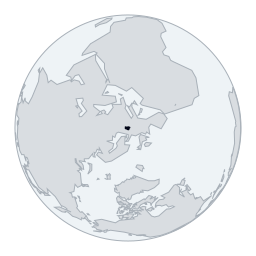 the Earth from above Sachsen, rotated 200°
{"feature_id": "DEU-1601", "entity_name": "Sachsen", "entity_type": "State", "adm_level": 1, "iso_a3": "DEU", "parent_name": "Germany", "parent_adm1": "", "projection": "orthographic", "projection_center": [12.997, 50.915], "detail": "fine", "context": "on_globe", "style": "filled", "palette": "ink", "viewbox_px": 256, "rotation_deg": 200, "n_neighbors": 0, "source": "natural_earth", "source_scale": "10m", "svg_char_len": 10806}
<svg xmlns="http://www.w3.org/2000/svg" viewBox="0 0 256 256"><g transform="rotate(200 128 128)"><circle cx="128" cy="128" r="113" fill="#eef3f6" stroke="#a8b0b8"/><path d="M36.0,63.0L37.2,61.4L52.3,45.1L41.2,56.2L45.5,51.3L49.5,47.3L49.2,47.7L56.0,41.9L60.9,38.0L69.9,33.0L77.4,32.0L74.3,33.5L76.5,33.3L80.6,31.5L82.7,30.4L95.7,28.9L109.4,26.0L112.8,23.8L112.7,25.4L118.6,20.8L125.5,19.4L118.3,21.8L117.9,22.7L122.9,22.1L123.6,22.9L126.4,23.2L126.8,24.3L122.6,25.9L122.8,26.7L126.3,26.2L128.9,27.3L123.8,27.8L127.8,29.7L121.5,33.2L107.4,34.6L104.4,38.3L91.2,44.7L92.9,45.4L89.0,48.6L89.5,50.6L86.9,51.4L89.6,52.4L91.8,51.3L93.7,51.4L94.3,52.6L91.0,53.8L90.3,53.3L89.6,54.3L87.8,54.4L89.0,55.0L85.1,56.4L89.7,56.9L87.1,59.5L84.3,60.0L83.7,57.5L75.7,53.3L72.6,53.5L69.0,55.9L63.9,65.1L60.9,66.4L57.5,69.9L59.6,70.1L62.9,67.6L65.9,69.1L69.7,66.1L71.4,66.3L75.7,64.3L76.0,67.3L74.0,71.3L70.4,73.2L69.5,75.1L73.6,75.6L67.8,81.6L65.2,90.0L63.6,91.4L59.1,89.7L57.2,83.7L51.3,82.4L56.0,86.0L51.9,89.8L51.7,91.7L52.4,93.3L54.3,93.0L53.1,95.0L48.0,91.9L49.0,90.0L50.7,90.9L49.7,88.2L46.2,86.6L44.5,88.8L41.1,84.6L39.8,86.2L38.3,86.3L40.7,83.9L36.4,88.3L32.2,85.3L26.3,93.1L31.1,83.7L32.2,79.8L33.0,75.8L31.9,77.0L34.4,70.8L34.2,68.3L30.7,72.1L27.1,78.3L24.8,84.4L25.7,83.8L24.8,87.7L22.0,91.2L20.0,99.9L18.2,104.2L17.2,109.1L17.1,112.3L16.6,117.6L17.5,117.5L18.5,120.5L17.2,124.8L18.7,123.5L18.6,128.2L21.2,137.2L20.6,137.5L22.6,150.1L26.8,160.6L27.7,165.6L27.0,166.5L28.9,169.9L29.0,171.1L38.2,184.1L44.4,192.7L45.2,196.7L41.9,196.9L43.5,202.3L40.9,199.4L35.9,192.9L31.4,186.0L27.5,178.8L24.0,171.3L21.1,163.6L18.8,155.8L17.1,147.7L16.0,139.6L15.4,131.4L15.5,123.2L16.6,115.9L16.8,113.1L16.5,113.2L18.3,102.8L20.2,96.2L28.4,75.4L36.0,63.0ZM24.6,95.1L22.5,107.4L22.1,102.8L22.4,103.1L23.3,99.4L24.4,93.9L24.5,90.3L24.6,95.1ZM27.3,95.1L27.5,93.3L27.5,94.8L27.3,95.1ZM83.5,29.8L80.6,31.4L76.6,32.8L79.0,31.3L83.5,29.8ZM91.1,27.8L89.9,28.6L87.6,28.4L89.0,28.0L91.1,27.8ZM115.1,22.2L112.5,22.8L114.7,21.9L115.1,22.2ZM126.7,23.0L127.2,22.6L128.4,22.9L126.7,23.0ZM75.2,62.9L75.4,63.6L74.5,63.6L75.2,62.9ZM76.9,61.4L75.7,60.9L76.3,60.1L77.0,60.4L76.9,61.4ZM130.3,25.1L132.1,25.8L129.5,25.3L130.3,25.1ZM78.2,62.2L77.5,58.8L78.6,57.5L82.3,57.7L78.2,62.2ZM132.7,26.4L137.2,28.4L138.7,27.6L137.1,31.1L133.8,28.1L130.3,27.6L132.5,27.2L132.7,26.4ZM92.3,50.5L89.9,51.7L91.5,49.6L92.3,50.5ZM92.8,49.1L94.8,43.0L98.6,41.9L97.2,44.1L101.7,42.0L102.6,44.5L100.3,46.2L97.7,46.3L100.0,47.2L92.8,49.1ZM135.5,32.9L135.9,33.7L134.6,33.1L135.5,32.9ZM94.6,51.3L94.7,50.1L98.0,49.0L98.5,51.3L97.2,50.9L94.6,51.3ZM102.4,40.3L105.0,40.0L106.4,41.9L107.6,42.1L102.9,44.4L102.4,40.3ZM96.8,51.7L98.6,52.5L97.5,54.1L94.8,52.4L96.8,51.7ZM98.6,47.9L100.2,47.5L99.5,48.4L98.6,47.9ZM94.7,60.5L94.7,58.9L96.4,58.2L94.7,60.5ZM99.4,52.7L99.8,52.1L100.4,51.7L101.4,52.6L99.4,52.7ZM104.3,45.7L104.3,46.6L106.2,44.8L107.4,46.3L104.1,47.6L106.0,47.6L106.3,48.1L103.2,48.7L104.3,45.7ZM104.4,52.2L100.6,54.6L100.3,57.6L98.7,58.3L99.6,53.4L104.4,52.2ZM104.0,50.1L103.9,51.5L102.1,51.6L100.9,50.6L104.0,50.1ZM109.3,46.8L108.4,44.2L109.2,44.0L109.3,46.8ZM104.7,53.0L105.6,52.4L104.9,53.2L104.7,53.0ZM108.3,48.7L107.9,47.7L108.8,47.5L108.3,48.7ZM107.8,52.1L106.6,52.8L105.8,52.2L107.8,52.1ZM108.3,50.5L109.6,50.5L106.2,51.5L108.0,50.1L108.3,50.5ZM109.2,48.6L109.6,48.2L109.3,49.1L109.2,48.6ZM111.5,54.3L107.4,55.7L105.7,54.2L109.9,53.0L111.5,54.3ZM81.3,198.4L72.5,182.7L75.9,178.5L75.8,171.8L98.4,153.6L103.9,156.1L122.6,154.3L125.0,155.2L123.7,161.1L138.3,167.3L142.1,162.1L154.5,163.7L162.3,161.6L163.5,150.1L150.8,153.5L147.8,148.6L157.3,141.3L168.3,138.4L167.5,136.4L159.8,133.9L161.7,129.1L157.1,132.7L159.5,134.3L156.7,136.7L154.4,135.5L155.1,133.7L151.6,133.6L149.0,142.2L151.1,144.8L142.4,147.9L145.1,152.6L143.0,155.2L137.6,148.4L137.6,145.6L128.2,138.2L127.4,141.4L136.2,148.7L133.8,148.3L132.8,153.1L131.6,149.2L122.2,140.7L113.9,142.4L104.4,153.3L99.3,153.5L94.4,150.3L96.6,138.6L107.9,139.5L108.8,135.8L105.5,129.7L109.2,130.6L109.3,128.3L113.4,128.4L118.2,123.2L122.3,122.7L123.2,115.7L125.5,114.6L124.3,119.0L125.6,121.9L135.6,120.8L137.2,119.1L137.1,114.7L139.8,115.1L138.4,111.1L143.6,108.4L136.0,108.4L135.5,103.6L138.2,99.5L136.7,98.0L132.4,104.8L131.9,107.5L133.7,109.8L131.2,117.8L127.9,119.3L125.4,111.2L120.5,112.6L120.6,106.0L132.2,91.3L137.5,88.0L148.3,92.0L147.6,95.3L143.4,95.4L148.2,99.5L147.4,97.1L149.7,97.5L149.9,93.4L151.5,93.5L148.9,89.4L150.9,89.1L152.5,91.7L154.5,85.7L158.5,84.1L158.1,82.7L156.6,81.7L162.6,80.6L162.1,79.6L160.0,79.6L157.5,77.7L155.5,74.0L157.7,73.8L158.7,75.1L164.1,77.7L166.5,81.4L167.2,81.0L165.7,77.8L159.1,74.5L157.3,72.4L160.5,73.5L159.2,72.9L159.0,71.8L160.8,70.6L157.3,69.3L152.0,58.2L155.0,55.0L158.5,57.0L157.1,49.8L160.6,47.3L158.6,47.2L156.6,44.0L155.5,44.7L154.4,44.5L148.6,37.1L149.0,35.5L144.3,32.7L143.2,32.7L142.7,33.7L137.1,31.1L138.7,27.6L141.0,27.7L140.5,25.7L145.7,26.3L149.8,26.1L155.8,28.4L158.5,28.2L158.0,27.4L161.3,26.7L169.9,28.4L165.2,30.4L152.8,29.6L158.1,30.1L157.6,31.0L159.9,31.9L163.5,32.3L163.5,31.7L172.9,38.7L183.1,43.2L180.7,39.7L182.1,38.6L191.6,41.8L206.8,54.7L208.8,54.3L210.8,55.7L213.2,59.1L210.4,57.1L210.3,58.7L208.3,57.2L211.3,62.3L208.6,60.3L212.3,65.5L214.0,65.8L212.4,61.8L216.7,67.4L218.7,66.6L222.0,69.7L229.2,82.5L231.9,91.1L232.7,92.7L232.2,93.9L233.9,99.9L236.9,102.1L237.7,104.4L239.3,114.1L238.9,112.6L237.4,115.8L238.9,122.3L240.1,121.2L240.6,124.5L240.5,127.0L239.8,124.4L239.2,125.4L238.1,120.2L235.2,115.8L235.0,121.2L233.8,118.3L229.8,116.7L228.7,124.4L228.0,141.0L229.9,149.0L228.7,155.4L222.3,149.8L218.5,143.3L216.7,146.6L209.6,144.6L199.0,153.4L197.0,152.0L195.1,154.8L190.0,155.3L186.8,152.6L183.9,154.6L192.5,161.3L195.5,159.2L197.3,153.4L199.2,156.3L204.0,156.4L200.4,168.8L183.8,186.0L181.4,180.3L164.6,166.3L164.7,163.9L164.6,163.6L164.4,163.2L163.6,167.4L160.5,164.2L170.3,175.5L172.2,180.7L183.5,186.5L182.7,187.9L186.1,188.4L196.0,180.5L196.2,182.6L192.0,194.4L177.6,212.0L179.1,217.5L177.3,222.5L167.3,228.4L167.3,230.8L162.0,233.0L161.0,234.3L156.3,236.3L148.7,238.4L136.7,239.9L136.7,239.4L131.9,238.1L125.4,232.1L129.2,228.3L128.5,225.0L119.8,216.6L121.7,211.4L119.2,209.0L114.1,209.2L111.1,206.2L108.0,205.8L87.8,204.0L81.3,198.4ZM91.6,164.9L91.2,167.0L91.6,164.9ZM180.7,140.6L186.8,137.7L182.7,132.2L184.6,130.7L182.5,129.5L182.3,131.9L176.9,128.2L179.0,124.7L177.6,122.0L175.5,122.8L172.5,129.9L180.2,135.1L179.4,138.7L180.7,140.6ZM21.3,137.4L21.4,139.4L20.9,137.9L21.3,137.4ZM21.2,103.8L21.1,105.7L20.8,107.4L20.7,106.1L21.2,103.8ZM22.8,119.7L23.1,122.2L22.4,120.3L22.8,119.7ZM22.3,109.3L22.5,117.8L21.1,114.7L21.2,109.3L21.6,112.0L22.3,109.3ZM25.6,96.5L25.4,98.0L24.9,98.4L25.6,96.5ZM27.3,96.2L27.2,95.8L27.7,94.6L27.3,96.2ZM52.3,90.0L52.6,90.3L53.0,92.1L52.1,91.8L52.3,90.0ZM59.4,97.6L57.3,100.7L58.2,98.2L56.4,98.2L56.0,93.0L62.8,91.9L59.8,93.2L59.4,97.6ZM57.3,86.1L56.8,89.3L57.1,85.9L57.3,86.1ZM105.4,116.5L107.1,118.2L106.0,120.7L100.8,121.9L102.4,118.2L105.4,116.5ZM109.8,120.0L108.7,112.0L111.8,111.1L110.3,112.9L112.5,113.1L110.5,116.1L114.6,123.4L113.9,126.2L104.8,126.5L108.2,124.8L106.3,123.2L109.8,120.0ZM100.2,95.0L99.8,92.0L107.2,93.9L106.8,96.5L101.6,97.7L99.1,95.3L100.2,95.0ZM84.8,63.5L84.2,62.6L85.1,62.2L86.3,62.6L84.8,63.5ZM94.6,59.8L88.6,67.0L87.5,66.4L85.3,71.7L81.6,72.0L83.2,68.5L78.7,72.9L78.7,69.8L75.9,73.1L79.9,65.2L79.7,62.8L81.3,65.3L84.6,65.1L86.0,64.2L89.8,60.2L91.0,55.2L94.5,54.3L96.7,55.0L97.0,56.1L94.6,56.3L96.6,57.6L93.4,58.7L94.6,59.8ZM120.1,66.7L117.2,66.0L120.7,69.8L117.5,70.5L118.1,70.9L116.1,72.7L114.8,75.6L113.2,75.5L113.3,76.7L112.0,78.0L111.7,79.6L108.7,80.1L108.1,82.2L107.0,81.3L106.7,84.8L105.7,82.5L103.8,84.0L105.9,85.5L90.7,85.4L85.2,87.4L81.2,90.6L79.9,86.4L82.8,81.0L87.8,75.8L93.3,74.5L91.7,73.0L93.8,72.0L94.2,73.6L94.9,70.5L96.8,70.2L101.3,66.1L101.2,62.2L102.8,60.7L103.8,62.1L104.7,59.7L107.7,61.3L108.9,60.4L113.0,61.2L114.2,64.5L115.5,63.2L118.7,63.9L120.1,66.7ZM112.6,54.6L114.8,58.2L114.1,60.5L107.1,58.2L105.6,58.9L101.1,57.7L102.3,54.5L103.4,55.1L104.8,55.0L103.9,56.0L105.7,55.1L107.4,55.9L109.2,55.5L109.4,56.7L112.6,54.6ZM127.3,152.9L129.2,153.1L131.9,152.7L131.3,155.8L127.3,152.9ZM120.8,147.3L122.4,146.8L122.9,150.8L121.0,150.7L120.8,147.3ZM122.8,143.4L122.4,146.5L121.5,144.8L122.8,143.4ZM125.7,118.4L127.3,117.8L127.7,118.8L127.0,120.4L125.7,118.4ZM129.8,78.8L128.3,77.8L128.7,77.2L127.1,73.8L129.4,73.1L131.2,74.9L129.8,78.8ZM161.7,152.6L159.7,155.4L158.4,154.7L159.3,153.9L161.7,152.6ZM145.0,156.3L149.0,157.0L144.8,157.2L145.0,156.3ZM132.0,77.4L131.1,76.1L132.8,76.6L132.0,77.4ZM130.9,72.5L132.8,72.7L129.4,72.7L130.9,72.5ZM194.1,213.6L185.3,223.6L180.6,225.9L180.6,224.7L184.4,219.5L190.1,215.5L193.1,211.8L194.1,213.6ZM240.5,133.8L239.1,132.9L239.6,129.9L240.6,126.8L240.5,133.8ZM230.3,149.3L232.2,151.6L231.4,154.1L230.3,149.3ZM233.8,94.7L234.3,97.3L233.8,96.4L232.8,92.5L233.8,94.7ZM224.6,72.6L226.7,75.3L227.5,76.7L226.7,76.0L224.6,72.6ZM150.0,70.9L149.7,76.2L151.0,79.9L154.1,81.5L149.6,81.6L147.6,75.9L150.0,70.9ZM151.5,59.7L148.8,58.5L150.0,57.6L150.8,57.8L151.5,59.7ZM149.9,59.9L146.5,61.0L145.0,59.4L148.0,58.9L149.9,59.9ZM139.3,69.0L139.1,70.5L137.7,70.1L139.3,69.0ZM232.2,85.2L232.2,85.3L229.7,80.2L228.9,78.2L231.1,82.7L232.2,85.2ZM210.1,52.8L208.9,52.1L207.4,50.2L208.6,51.2L210.1,52.8ZM201.3,43.8L206.6,49.5L210.6,54.3L210.5,53.7L213.5,56.6L212.3,56.5L207.8,51.6L205.2,48.3L202.5,46.3L199.2,43.3L196.4,42.0L194.3,40.3L196.0,40.6L201.3,43.8ZM195.3,41.6L189.3,38.8L187.5,36.3L188.4,36.3L192.0,38.6L192.7,39.7L195.3,41.6ZM187.3,37.4L188.0,38.6L180.5,38.4L178.5,37.8L183.2,36.3L184.1,37.4L186.3,38.0L187.3,37.4ZM137.0,33.4L136.0,33.6L136.3,32.9L137.0,33.4ZM153.8,44.9L152.3,44.5L152.7,43.6L153.8,44.9ZM148.4,42.7L149.0,44.1L147.5,42.7L148.4,42.7ZM150.5,47.1L148.8,44.6L151.8,46.9L150.5,47.1Z" fill="#d9dde1" stroke="#a8b0b8" stroke-width="1"/><path d="M129.7,127.8L129.6,127.7L129.6,127.8L129.7,128.0L129.3,128.2L129.2,128.2L129.2,128.3L128.9,128.4L128.7,128.4L128.7,128.5L128.4,128.6L128.3,128.8L128.2,128.8L128.0,129.0L127.9,129.0L127.8,128.9L127.7,128.9L127.7,129.0L127.4,129.0L127.2,129.2L127.2,129.3L127.1,129.5L127.1,129.4L127.0,129.2L126.9,129.2L126.7,129.1L126.6,128.9L126.7,128.7L126.8,128.7L127.0,128.6L127.1,128.4L127.1,128.2L127.3,128.2L127.5,128.1L127.5,127.9L127.4,127.9L127.4,127.7L127.2,127.7L127.0,127.4L126.9,127.3L126.9,127.2L127.0,127.2L127.0,126.9L127.1,126.7L127.3,126.7L127.6,126.6L127.8,126.6L128.0,126.6L128.2,126.8L128.3,126.8L128.2,126.9L128.2,127.0L128.3,127.1L128.5,127.0L128.8,127.1L129.2,127.1L129.3,127.0L129.3,126.9L129.5,126.8L129.8,126.7L130.0,126.7L130.1,126.8L130.3,126.9L130.4,127.0L130.5,127.2L130.5,127.3L130.4,127.5L130.4,127.8L130.3,128.0L130.2,128.0L129.9,128.0L129.9,127.9L130.0,127.9L129.9,127.8L129.8,127.7L129.8,127.8L129.7,127.8Z" fill="#0f172a" stroke="#020617" stroke-width="1.5"/></g></svg>